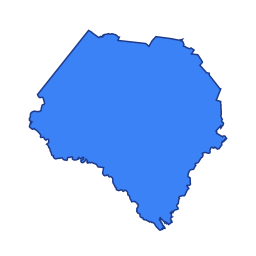 Frontera Comalapa, Chiapas, Mexico (Albers equal-area conic projection), rotated 189°
{"feature_id": "50627088B89895407901700", "entity_name": "Frontera Comalapa", "entity_type": "district", "adm_level": 2, "iso_a3": "MEX", "parent_name": "Mexico", "parent_adm1": "Chiapas", "projection": "albers", "projection_center": [-92.074, 15.782], "detail": "fine", "context": "isolated", "style": "filled", "palette": "blue", "viewbox_px": 256, "rotation_deg": 189, "n_neighbors": 0, "source": "geoboundaries", "source_scale": "gbopen_adm2", "svg_char_len": 5648}
<svg xmlns="http://www.w3.org/2000/svg" viewBox="0 0 256 256"><g transform="rotate(189 128 128)"><path d="M75.2,34.7L76.0,35.0L76.7,35.8L76.9,36.3L77.5,36.5L77.8,37.2L78.4,37.1L79.5,39.3L80.7,39.8L80.7,40.6L80.9,40.8L81.1,41.3L82.5,42.0L82.5,42.7L82.0,43.6L82.4,44.1L82.1,44.5L81.9,44.5L81.7,44.2L81.7,43.7L81.2,43.0L81.0,42.9L80.6,43.1L80.0,43.0L79.0,42.2L78.7,41.7L77.4,41.1L76.9,40.2L76.6,41.1L76.2,41.1L75.5,39.8L75.3,39.7L75.5,40.5L75.3,40.6L74.6,40.0L74.0,40.0L73.5,39.6L73.1,39.5L73.1,39.2L72.8,39.0L72.0,39.7L71.8,40.2L69.7,41.9L69.8,42.1L69.9,41.9L70.1,41.9L70.7,42.4L71.0,43.1L70.7,43.3L71.4,44.4L71.7,45.4L71.6,46.0L71.3,46.7L71.1,46.8L70.8,46.7L70.5,47.0L70.9,47.0L71.3,47.7L71.2,48.1L71.5,48.6L71.7,49.7L71.4,50.7L72.0,50.4L72.1,50.5L72.6,50.4L72.9,50.6L72.7,51.0L70.8,52.8L70.4,52.7L70.2,52.4L70.1,53.0L69.6,53.3L68.6,54.5L67.6,54.8L66.0,55.6L65.9,56.6L66.1,56.9L67.5,58.2L67.9,59.0L67.6,60.0L66.6,61.1L66.5,61.7L66.7,64.3L66.5,66.0L66.2,66.5L66.5,66.6L66.9,67.3L66.9,67.6L66.1,68.6L63.4,69.7L62.4,69.9L62.2,69.8L61.8,69.9L61.4,70.3L59.8,76.0L58.5,77.6L58.6,78.1L59.9,78.9L60.9,80.2L60.4,80.8L59.3,80.5L58.1,81.3L57.5,82.1L58.6,87.0L58.7,88.2L59.0,88.3L59.6,88.9L60.7,89.0L61.3,89.7L61.3,92.5L60.7,95.2L60.4,95.7L59.3,96.7L57.3,97.3L56.9,97.4L56.7,97.8L55.6,101.0L55.2,101.5L55.2,101.8L55.8,102.3L56.0,103.0L55.9,103.5L55.4,103.6L53.5,104.7L52.9,105.6L51.2,109.8L50.2,110.8L49.7,112.1L49.7,113.3L50.6,114.1L50.6,114.7L50.2,115.1L49.1,115.4L48.1,116.0L44.9,115.6L43.6,116.0L43.2,116.5L43.1,116.9L43.6,118.9L43.4,119.8L43.1,121.3L42.4,122.0L41.9,122.1L41.1,121.6L40.1,121.5L39.6,122.6L39.1,122.7L38.8,122.3L38.3,122.1L37.8,122.1L36.5,121.1L34.6,122.0L33.9,123.8L32.7,125.9L33.1,127.4L33.1,128.2L32.2,129.0L32.5,129.1L32.1,129.5L31.8,129.4L31.4,129.8L31.7,129.9L31.2,130.2L31.5,130.3L31.1,130.6L30.6,131.7L30.3,131.6L30.1,131.8L29.7,131.7L29.3,132.5L29.6,132.7L29.1,133.3L29.8,133.7L30.4,134.6L31.1,135.2L32.0,135.2L33.1,134.8L33.4,134.9L33.5,135.1L33.5,134.2L39.7,136.7L39.6,138.0L40.7,138.6L38.4,142.3L36.5,144.9L36.0,144.5L36.9,143.2L36.3,142.3L35.3,144.7L34.7,145.3L34.4,147.2L34.4,147.6L35.3,148.6L36.0,148.6L36.6,149.2L36.7,150.2L36.2,151.0L36.2,151.4L37.4,152.8L38.2,154.3L38.0,155.5L38.4,158.4L39.7,164.0L39.6,164.9L40.4,166.7L40.6,168.7L45.2,169.2L42.5,181.1L43.4,181.2L55.9,192.8L56.3,194.8L59.0,194.9L66.8,201.2L64.8,204.5L64.9,205.0L70.5,211.3L76.9,211.1L74.9,215.3L78.2,216.9L79.5,216.0L82.7,216.5L84.0,217.3L86.1,217.5L85.8,219.0L86.3,220.2L87.6,222.0L88.3,222.4L88.8,222.4L88.2,223.8L88.9,223.3L88.7,223.8L90.1,223.2L91.8,222.7L99.8,223.0L114.7,222.6L117.8,218.0L120.1,211.9L122.7,213.7L124.1,214.2L151.7,212.9L150.8,216.4L151.4,216.3L152.2,216.5L153.9,217.8L154.7,218.1L158.2,218.6L159.1,218.4L160.1,217.8L161.5,218.1L162.2,218.1L163.2,217.5L165.9,216.6L165.9,216.4L166.4,216.3L166.6,216.2L166.3,215.9L166.6,215.3L166.9,215.0L167.1,215.4L167.5,215.1L167.6,214.9L167.4,214.2L168.0,214.1L168.1,213.9L168.5,213.7L168.6,214.1L169.4,214.2L170.9,212.7L177.7,216.1L179.0,217.0L182.2,218.2L222.6,146.9L221.8,145.6L220.3,144.2L219.4,144.3L217.8,144.9L216.7,144.7L216.4,144.2L215.2,141.5L214.4,139.9L214.3,139.3L214.6,138.3L215.2,137.9L216.0,137.6L216.3,137.2L216.5,136.5L216.4,135.7L216.7,134.8L216.6,133.8L216.8,132.7L216.5,131.7L217.5,130.9L217.7,130.5L218.3,130.5L219.1,130.2L220.5,130.0L222.8,130.0L223.7,129.8L225.3,128.8L225.9,127.8L226.3,127.6L226.5,126.7L226.5,125.8L226.2,124.0L226.3,123.1L226.9,121.9L226.5,121.2L226.7,120.5L225.7,119.7L225.4,119.1L224.7,119.3L223.9,119.3L223.8,119.2L224.0,118.7L224.8,117.9L224.4,117.6L224.4,117.3L224.6,117.1L225.0,117.1L225.4,116.7L225.3,116.1L225.6,113.9L224.8,113.2L222.3,111.8L221.6,112.0L220.8,112.8L219.5,111.9L219.2,112.0L218.6,111.7L215.9,110.0L213.1,107.5L213.2,105.9L213.0,105.4L212.6,105.0L210.9,105.5L209.9,105.6L209.4,105.2L208.7,104.0L207.2,103.2L207.2,103.4L207.0,103.6L205.9,104.2L205.0,104.4L204.4,103.3L204.1,101.4L204.3,100.9L205.8,99.3L205.3,99.1L204.0,98.0L203.5,97.4L203.4,96.5L202.5,95.8L202.1,95.7L201.2,93.2L200.5,92.4L199.0,89.3L198.3,88.9L197.3,88.9L197.0,87.6L196.5,87.0L195.7,86.4L194.5,86.2L192.9,86.9L190.4,87.5L189.3,88.1L188.7,88.2L187.7,87.6L186.9,86.8L185.8,86.5L183.8,86.6L183.7,86.5L183.0,86.9L183.0,89.0L182.9,89.4L182.0,89.8L180.8,89.8L179.0,90.8L178.7,90.8L178.3,90.4L178.0,89.8L178.2,88.9L178.1,88.7L176.8,88.1L175.8,88.0L174.2,88.4L172.2,89.5L172.6,90.3L172.0,91.3L171.7,91.2L171.4,90.9L170.1,90.0L167.9,92.0L167.2,91.9L167.3,90.3L169.4,88.4L169.4,88.2L169.4,87.8L168.5,86.7L167.5,86.7L166.5,87.1L165.2,88.8L164.6,90.6L163.8,90.1L163.0,89.3L163.0,88.5L163.4,88.1L162.6,87.1L162.1,87.0L161.1,88.1L159.9,87.6L158.2,88.4L157.0,87.9L153.5,87.2L151.5,84.9L145.9,85.1L146.0,79.6L145.9,79.0L145.3,78.5L144.7,77.7L143.7,77.2L142.0,77.7L141.0,78.5L140.1,78.2L139.7,77.4L139.2,76.9L138.6,76.8L138.0,77.2L137.6,77.3L137.1,77.2L135.6,76.3L135.2,75.7L135.0,75.1L134.9,74.1L134.5,73.3L134.6,72.6L134.3,71.6L133.2,70.3L131.4,67.7L130.7,67.3L130.2,66.8L130.2,66.0L129.7,65.3L129.0,65.0L127.3,64.7L125.0,65.9L124.6,65.9L124.2,65.9L123.4,64.9L122.7,64.7L122.2,65.1L121.3,66.1L120.1,65.9L118.4,64.6L118.0,63.5L117.9,62.8L117.6,61.9L116.1,61.2L114.6,58.1L113.8,57.3L113.5,56.6L112.8,55.7L111.0,56.3L110.1,56.3L109.7,56.5L107.6,55.2L106.8,54.3L106.0,54.2L105.8,53.4L105.9,52.7L105.7,51.7L106.6,50.2L106.7,49.6L106.2,48.5L106.5,47.8L106.4,47.1L105.1,45.6L102.8,44.9L102.6,44.4L102.4,42.9L102.0,42.3L100.6,41.5L99.4,41.7L98.5,40.1L96.6,39.9L96.0,40.1L91.9,38.5L90.8,39.1L89.7,38.4L88.2,38.5L86.7,37.5L85.5,35.9L84.5,34.9L80.9,32.2L80.1,32.2L79.3,32.7L78.2,34.3L77.9,33.6L77.6,33.9L77.7,34.6L75.2,34.7Z" fill="#3b82f6" stroke="#1e3a8a" stroke-width="1.5"/></g></svg>